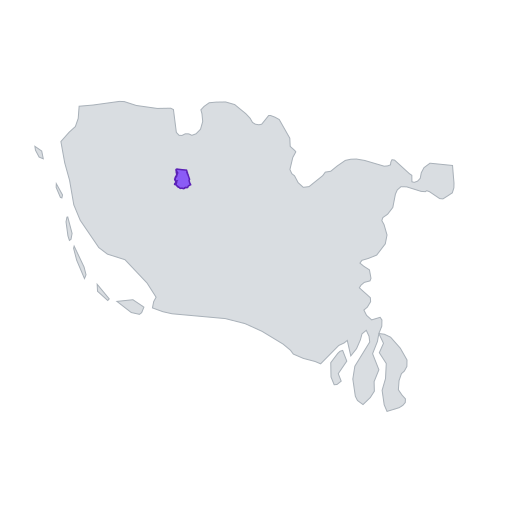 Staphorst, Overijssel, Netherlands shown in context, rotated 263°
{"feature_id": "6326949B79471435364663", "entity_name": "Staphorst", "entity_type": "district", "adm_level": 2, "iso_a3": "NLD", "parent_name": "Netherlands", "parent_adm1": "Overijssel", "projection": "orthographic", "projection_center": [6.228, 52.637], "detail": "fine", "context": "in_parent", "style": "filled", "palette": "violet", "viewbox_px": 512, "rotation_deg": 263, "n_neighbors": 0, "source": "geoboundaries", "source_scale": "gbopen_adm2", "svg_char_len": 5475}
<svg xmlns="http://www.w3.org/2000/svg" viewBox="0 0 512 512"><g transform="rotate(263 256 256)"><path d="M321.9,462.1L312.7,461.7L304.1,461.4L299.5,460.7L294.7,458.5L294.7,458.4L292.5,454.0L289.9,448.5L290.6,445.3L298.8,435.9L300.0,433.3L299.2,432.0L300.0,427.8L306.3,413.9L307.1,408.3L304.4,404.3L300.4,401.9L287.5,397.7L281.5,391.8L278.7,386.6L275.8,385.2L271.6,386.9L260.9,388.6L252.3,385.8L242.2,375.9L239.9,367.2L238.8,360.6L236.3,358.3L232.8,361.6L228.4,366.9L219.8,367.4L217.4,366.1L217.0,363.1L216.6,360.2L214.3,356.7L211.8,354.7L200.7,364.4L196.7,364.2L191.7,360.3L189.2,356.5L183.6,358.5L178.5,363.0L180.0,371.7L177.2,373.2L171.0,372.3L164.1,368.5L156.4,366.1L144.8,359.8L128.1,364.1L116.9,357.9L107.4,357.0L101.6,352.2L95.5,344.1L100.2,339.1L104.7,337.5L122.1,337.1L134.6,340.7L156.8,358.4L162.6,358.4L168.8,356.4L165.8,351.7L160.1,349.4L151.8,344.5L145.3,337.9L161.1,336.3L159.0,333.0L157.1,327.2L141.1,307.0L144.1,301.8L148.6,290.5L154.1,281.1L158.3,278.7L165.3,272.1L180.5,252.8L190.2,236.9L197.6,218.0L208.9,165.6L212.1,156.7L217.1,146.9L223.2,148.9L227.3,151.8L242.4,144.6L268.3,125.5L276.0,108.7L283.5,101.0L312.8,85.9L329.0,81.4L353.8,80.2L371.8,77.5L393.4,76.3L401.7,85.7L406.5,92.5L414.2,96.3L426.2,98.7L425.7,112.4L426.1,139.3L425.3,144.1L420.0,155.5L414.5,175.9L413.1,189.3L411.4,191.9L388.4,192.0L385.1,194.4L384.7,197.3L385.9,200.7L385.4,204.2L383.6,207.0L384.6,211.4L388.6,216.4L396.0,219.5L403.8,219.7L407.8,219.1L410.8,222.7L413.8,228.2L413.6,235.2L412.6,244.6L408.9,253.3L398.3,263.4L393.5,266.9L389.0,268.8L386.9,271.4L385.9,274.8L386.1,277.7L393.9,285.7L393.7,287.5L391.5,291.7L388.6,295.7L368.8,303.9L360.6,303.3L355.9,307.4L354.5,308.2L349.3,304.5L337.7,300.2L333.3,301.6L330.9,304.0L323.6,306.8L318.4,311.3L318.4,317.1L327.6,332.0L330.8,335.0L331.0,340.5L335.4,347.5L340.0,356.3L340.5,361.9L340.0,367.5L337.6,375.5L329.5,394.2L329.4,397.8L330.1,400.6L332.8,401.3L335.0,402.7L334.3,405.2L319.1,418.2L317.1,420.5L310.7,419.8L309.8,422.0L310.6,425.5L313.1,428.5L318.5,430.2L323.2,433.5L326.9,440.0L321.9,462.1ZM164.1,368.5L162.7,373.9L159.0,379.7L146.9,388.0L134.4,393.2L128.0,392.3L123.7,389.2L121.5,386.0L114.9,382.8L105.9,381.0L100.1,384.0L96.0,386.9L92.4,386.3L89.9,383.6L88.0,379.6L85.8,367.1L92.7,365.1L107.3,364.8L118.5,369.6L133.4,372.2L145.0,366.6L153.8,371.9L164.1,368.5ZM141.0,317.2L149.4,325.3L151.2,327.8L151.7,330.5L140.6,333.3L129.2,323.3L121.4,325.3L118.6,320.7L118.7,317.9L126.8,315.7L141.0,317.2ZM227.6,128.5L218.9,138.5L213.7,135.6L212.3,133.2L215.1,125.3L227.9,112.4L227.6,128.5ZM266.0,84.0L258.1,85.0L254.5,83.0L273.7,77.5L285.9,75.9L288.0,76.7L266.0,84.0ZM317.7,73.9L300.8,76.2L295.1,74.4L294.2,72.7L298.8,71.8L313.1,71.6L317.6,73.1L317.7,73.9ZM247.3,94.9L231.3,105.1L229.9,103.4L240.3,94.4L247.3,94.9ZM386.3,56.1L378.4,56.7L380.6,52.8L387.9,50.0L391.8,49.9L386.3,56.1ZM352.1,66.6L340.2,71.4L337.3,70.4L338.0,69.0L348.5,66.0L352.1,66.6Z" fill="#d9dde1" stroke="#a8b0b8" stroke-width="1"/><path d="M337.1,183.9L336.9,184.0L336.8,184.3L336.7,184.7L336.6,185.0L336.4,185.1L336.0,185.6L335.7,185.7L335.6,185.8L335.2,186.0L335.2,186.3L334.9,186.6L334.7,186.8L334.4,186.7L334.3,186.8L334.2,187.0L334.0,187.3L333.8,187.3L333.7,187.3L333.7,187.7L333.8,187.7L333.3,188.2L332.9,188.5L332.7,188.7L332.6,188.8L332.4,188.9L332.3,189.2L332.3,189.3L332.4,189.5L332.4,190.1L332.4,190.3L332.2,190.9L332.2,191.3L331.7,192.0L331.7,192.6L331.8,193.1L331.9,193.4L332.4,193.4L332.4,193.6L332.4,193.8L332.5,194.0L332.5,194.3L332.7,194.5L332.6,194.9L332.6,195.0L332.3,195.3L332.5,196.1L332.3,196.3L332.4,196.5L332.5,196.6L332.8,196.8L333.1,197.0L333.4,197.1L333.5,197.2L333.7,197.5L333.8,197.5L334.0,197.9L334.2,198.2L334.2,198.3L334.2,198.5L334.3,198.6L334.4,199.0L334.6,199.4L334.6,199.5L334.7,199.8L335.8,199.5L336.1,199.3L336.1,199.2L338.9,198.8L339.2,198.8L339.8,199.2L340.2,199.3L340.3,199.4L343.5,198.7L344.1,198.6L344.3,198.5L344.8,198.5L344.8,198.4L345.5,198.3L345.8,198.2L346.2,198.0L346.2,197.9L346.6,197.9L346.9,197.8L347.2,197.8L347.2,198.0L348.0,197.8L348.0,197.7L348.3,197.8L349.7,197.5L350.7,192.9L351.7,188.9L351.8,188.7L351.7,188.6L351.8,188.4L351.7,188.3L351.7,188.2L351.8,188.0L351.8,187.9L351.9,187.7L351.8,187.4L351.7,187.2L351.8,187.2L351.7,187.2L351.4,187.0L351.2,187.0L350.9,187.1L350.7,187.1L350.6,187.3L350.4,187.4L350.3,187.5L350.2,187.5L349.9,187.6L349.7,187.5L349.6,187.4L349.6,187.5L349.4,187.5L349.2,187.6L349.1,187.8L349.0,188.0L348.9,188.1L348.7,188.1L348.4,188.0L348.4,187.9L348.3,188.0L348.3,187.9L348.2,187.8L348.1,187.7L348.0,187.4L347.9,187.3L347.8,187.2L347.7,187.2L347.5,187.3L347.5,187.2L347.4,187.2L347.4,187.4L347.2,187.5L347.1,187.8L346.9,187.8L346.7,187.7L346.4,187.5L346.4,187.4L346.4,187.2L346.2,187.1L345.9,187.0L345.7,187.0L345.4,187.0L345.2,187.1L345.1,186.9L344.9,186.8L344.9,186.7L345.0,186.5L345.0,186.4L344.9,186.4L344.9,186.2L344.7,186.1L344.6,185.9L344.4,185.8L344.2,185.9L344.0,186.0L343.9,186.0L343.9,185.9L343.7,185.8L343.6,185.7L343.6,185.4L343.4,185.4L343.2,185.4L342.9,185.3L342.8,185.2L342.7,185.2L342.4,185.0L342.4,184.9L342.2,184.8L342.2,184.7L341.9,184.7L341.9,184.8L341.8,185.0L341.6,184.9L341.3,184.9L341.2,185.0L341.0,184.9L340.9,185.0L340.4,185.5L340.2,185.8L340.2,186.0L340.0,185.7L339.8,185.7L339.7,185.7L339.5,185.3L339.0,185.4L339.2,185.7L339.3,186.0L339.1,186.1L339.2,186.3L338.8,186.2L337.6,185.7L338.0,184.9L338.1,184.7L338.0,184.4L337.8,184.3L337.7,184.3L337.5,184.1L337.4,184.0L337.2,183.9L337.1,183.9Z" fill="#8b5cf6" stroke="#5b21b6" stroke-width="1.5"/></g></svg>